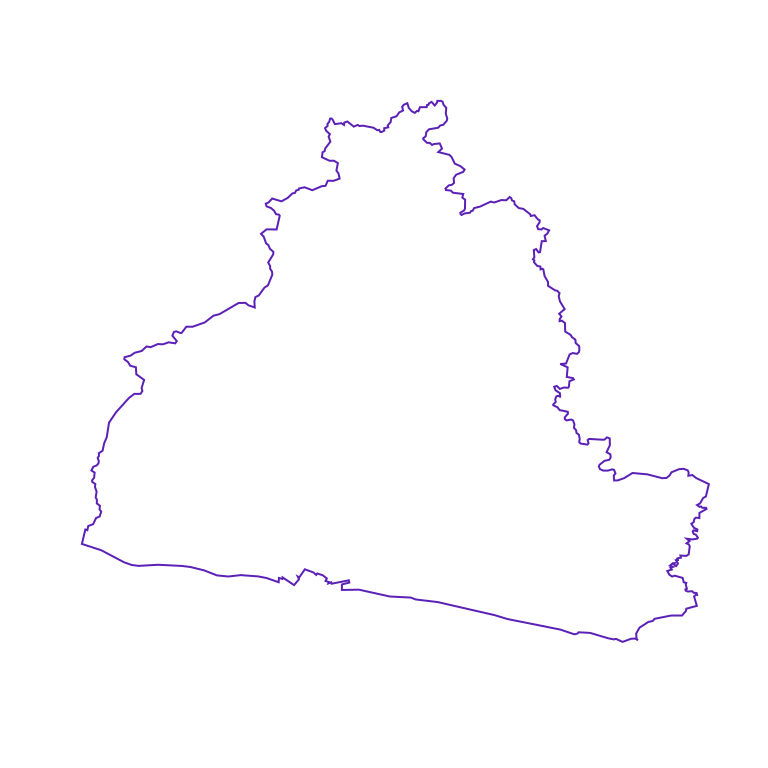 outline of Toamasina II, Atsinanana, Madagascar, rotated 85°
{"feature_id": "10022922B55539380638871", "entity_name": "Toamasina II", "entity_type": "district", "adm_level": 2, "iso_a3": "MDG", "parent_name": "Madagascar", "parent_adm1": "Atsinanana", "projection": "albers", "projection_center": [49.14, -18.014], "detail": "fine", "context": "isolated", "style": "outline", "palette": "violet", "viewbox_px": 768, "rotation_deg": 85, "n_neighbors": 0, "source": "geoboundaries", "source_scale": "gbopen_adm2", "svg_char_len": 6117}
<svg xmlns="http://www.w3.org/2000/svg" viewBox="0 0 768 768"><g transform="rotate(85 384 384)"><path d="M585.5,443.9L586.7,426.9L596.2,396.7L599.1,375.9L601.4,371.2L605.9,349.6L624.0,293.7L628.9,281.5L644.0,229.8L649.9,216.3L649.5,213.0L648.3,211.8L649.9,200.4L656.8,183.0L658.5,177.1L658.1,175.2L661.7,168.7L659.3,160.0L659.5,156.0L661.4,153.3L660.3,154.5L654.7,154.6L649.0,150.7L644.1,141.5L643.5,136.9L641.5,134.9L639.7,118.4L640.6,107.3L636.5,103.1L634.2,102.4L632.3,91.7L622.6,93.6L621.2,91.7L621.4,90.5L619.4,90.9L619.0,93.6L617.3,95.1L617.2,99.5L616.2,101.4L614.9,101.7L614.4,100.1L609.9,100.9L608.5,100.2L607.6,102.7L603.2,103.4L600.3,111.1L600.9,113.8L598.8,116.4L595.0,118.1L593.9,113.5L592.1,114.6L591.4,112.1L589.9,115.0L587.7,111.9L587.8,109.9L589.1,110.9L590.8,108.9L588.5,106.8L585.1,108.5L585.0,106.5L583.9,106.6L583.9,107.5L583.3,107.0L582.9,103.4L580.7,103.7L581.6,97.7L580.2,95.3L572.4,93.6L570.5,94.2L569.1,96.5L567.1,93.3L564.5,95.9L565.7,90.5L565.4,85.6L564.5,84.7L561.3,86.5L560.2,88.7L557.9,89.3L556.8,88.5L557.9,84.8L556.2,84.5L554.3,87.8L550.1,90.0L548.5,87.5L545.7,86.7L544.3,85.0L545.0,81.5L539.9,81.0L536.6,73.6L535.4,74.0L535.1,77.7L533.6,78.9L533.9,80.3L531.9,82.7L530.5,79.6L525.5,76.1L524.0,73.1L512.0,69.1L504.9,81.2L501.6,84.7L501.9,88.8L498.6,88.2L496.6,88.9L494.6,92.9L494.6,97.6L497.0,105.3L500.1,107.6L502.2,110.8L502.1,115.0L497.0,129.4L494.3,144.2L498.7,152.9L500.4,159.5L500.2,163.1L495.2,163.1L493.3,161.2L489.6,162.3L488.9,164.1L489.8,168.6L489.4,173.1L487.7,176.2L485.0,177.2L483.2,176.3L479.8,171.1L479.1,166.1L476.8,164.6L473.8,164.6L471.3,168.2L464.6,164.3L457.9,163.9L456.6,166.5L458.6,169.2L458.6,170.8L456.6,184.6L457.6,186.0L460.8,185.4L462.1,186.6L460.4,193.5L458.9,194.6L455.7,193.8L451.5,194.3L449.5,196.5L446.7,196.7L444.2,198.6L440.7,197.8L436.7,198.9L435.7,200.6L436.2,205.4L434.8,206.9L432.9,206.8L429.7,203.4L427.7,203.3L425.3,211.3L422.3,213.2L420.0,217.2L419.1,217.2L416.9,214.5L414.2,214.8L411.3,213.3L410.9,211.5L412.0,209.8L411.0,209.5L408.4,209.6L405.2,213.7L401.6,214.7L401.0,212.0L404.2,209.3L403.2,204.9L403.8,201.1L403.0,200.1L397.4,199.0L396.0,194.5L394.6,195.2L392.9,201.3L383.4,199.6L379.4,206.7L379.5,200.9L370.7,196.5L369.6,193.3L370.8,189.1L369.0,186.9L366.9,186.4L363.2,186.3L359.9,189.5L356.5,189.5L353.7,192.7L351.3,193.8L347.6,198.9L339.0,198.4L336.4,201.3L336.7,203.6L334.7,203.3L332.1,201.3L329.3,203.4L325.1,197.5L317.1,201.5L311.7,202.3L308.8,201.2L306.2,203.3L305.7,205.3L300.5,212.0L296.7,211.7L290.5,214.6L283.7,215.3L283.0,216.2L283.5,218.0L280.6,218.0L279.7,221.1L275.7,224.0L274.0,223.4L272.7,224.8L271.1,223.2L263.6,223.1L262.8,220.7L266.4,218.5L266.3,217.1L255.5,214.4L255.7,210.4L250.3,211.1L248.5,208.3L245.3,206.1L242.5,212.0L243.8,213.7L243.2,216.9L240.1,217.8L236.5,214.9L234.4,214.7L233.4,216.4L229.0,219.3L229.4,223.2L227.7,223.5L221.7,229.9L220.5,234.4L216.3,238.2L213.4,238.3L212.4,240.4L209.8,241.1L208.7,242.6L211.6,246.1L211.0,251.2L212.8,258.4L211.6,261.7L215.7,273.1L216.6,278.9L219.1,280.6L219.3,282.1L220.9,283.5L221.1,288.9L222.4,292.0L221.4,293.0L220.0,293.0L218.1,289.1L216.5,288.1L207.5,287.1L205.1,289.7L201.6,288.5L199.5,298.6L197.1,300.7L196.2,305.4L194.7,305.7L191.8,302.2L191.5,299.1L189.8,296.7L185.1,296.7L181.8,293.9L179.6,286.6L177.4,285.0L173.5,289.1L170.7,294.2L163.8,296.9L161.4,298.9L157.7,309.7L154.5,305.7L149.2,307.5L149.3,313.5L150.1,315.3L147.8,317.3L147.5,320.1L143.7,323.5L142.7,323.6L140.9,320.9L136.8,319.9L134.2,317.0L133.4,307.6L131.4,305.5L130.9,302.3L127.3,298.6L125.2,297.8L120.1,298.9L114.4,297.9L110.9,300.4L107.9,301.0L107.0,302.3L106.6,306.2L108.2,306.5L111.0,309.2L107.1,312.0L108.3,314.7L109.8,315.4L109.8,316.8L111.9,317.4L111.4,324.1L115.3,325.9L114.8,327.4L116.6,329.7L114.6,332.7L111.2,335.2L106.3,336.3L107.6,340.0L109.5,341.8L113.2,341.1L114.7,345.1L118.4,348.2L119.6,353.5L123.7,354.6L126.8,357.8L128.7,357.4L129.2,361.5L131.6,361.6L132.8,364.6L132.5,365.8L130.4,366.6L130.6,368.6L127.8,372.1L124.8,382.5L124.9,386.0L123.6,387.6L125.0,391.6L119.3,397.7L120.1,400.8L122.4,401.3L120.5,403.7L120.8,410.3L116.0,412.2L114.9,413.2L114.9,414.6L118.1,415.7L119.9,417.6L122.0,417.7L123.9,420.4L126.5,419.7L130.4,416.1L132.7,417.6L137.9,416.3L144.2,422.0L146.9,422.9L147.8,425.0L152.7,426.1L156.9,418.7L157.2,414.4L159.9,410.7L167.3,412.8L170.2,411.0L175.5,410.3L177.2,416.5L176.6,422.3L181.5,425.0L181.5,428.7L184.7,438.5L181.1,446.0L181.8,451.6L183.1,452.1L183.5,454.6L185.8,456.0L186.2,458.7L190.3,463.9L193.1,470.2L189.5,479.2L193.1,483.2L194.1,486.1L196.8,485.5L198.8,481.3L201.9,478.3L205.4,476.8L206.1,474.0L207.3,473.2L220.7,477.5L219.7,487.5L223.7,493.4L226.7,491.0L233.8,489.1L235.5,487.1L239.3,485.9L242.7,482.7L245.1,483.0L253.0,488.8L256.5,487.1L259.3,487.4L262.2,485.8L265.3,485.7L275.7,491.1L277.5,494.6L284.9,501.1L286.2,504.5L290.2,505.9L296.5,506.1L293.8,512.2L291.1,514.9L290.6,521.7L300.1,541.9L301.1,548.0L307.0,557.1L310.3,569.8L309.7,575.9L315.3,581.0L315.5,582.3L313.4,586.5L313.9,588.8L317.4,590.6L323.2,586.7L325.3,588.4L323.7,595.0L325.2,600.8L324.5,605.8L327.0,613.3L325.9,617.3L330.0,622.5L331.1,629.5L333.6,633.9L334.7,640.1L336.8,640.5L339.7,637.2L343.7,635.2L345.7,629.7L352.7,629.9L359.0,622.6L366.8,625.8L369.9,625.3L372.6,627.4L372.1,633.6L375.6,639.2L388.8,653.4L398.5,661.3L412.8,664.8L418.6,667.9L426.0,670.2L428.1,674.2L430.9,674.2L432.7,675.7L435.9,674.8L438.2,675.4L440.1,677.4L441.1,680.8L444.7,683.0L447.0,680.0L452.1,680.9L454.5,683.2L456.1,683.2L458.5,680.3L461.4,680.9L466.2,679.7L471.9,681.1L474.3,680.1L477.9,680.5L480.6,677.6L484.2,678.3L486.5,676.8L491.2,678.8L492.4,682.5L498.3,686.0L499.7,691.0L503.8,692.3L502.9,694.2L517.0,698.9L525.0,680.1L539.0,658.4L542.3,651.1L543.8,644.3L544.4,624.8L547.6,601.4L549.4,592.9L554.0,579.4L560.1,567.1L562.2,555.8L561.9,543.4L564.7,526.2L567.0,518.0L572.3,506.2L568.1,505.6L569.3,502.2L567.8,501.9L576.5,491.1L571.1,485.7L568.3,486.7L569.3,485.3L561.7,479.0L565.6,470.7L568.3,468.2L566.9,467.0L569.2,461.7L572.7,457.9L575.1,459.4L576.5,456.2L577.8,456.8L577.0,453.9L578.4,453.6L576.5,436.2L578.8,435.9L580.0,443.4L585.5,443.9Z" fill="none" stroke="#5b21b6" stroke-width="2"/></g></svg>